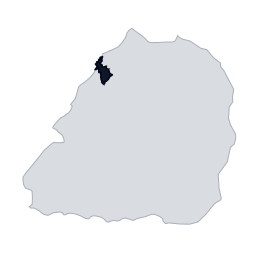 Isidoro Noblía, Cerro Largo, Uruguay shown in context, rotated 267°
{"feature_id": "84410073B42305174604514", "entity_name": "Isidoro Noblía", "entity_type": "district", "adm_level": 2, "iso_a3": "URY", "parent_name": "Uruguay", "parent_adm1": "Cerro Largo", "projection": "albers", "projection_center": [-54.072, -32.059], "detail": "fine", "context": "in_parent", "style": "filled", "palette": "ink", "viewbox_px": 256, "rotation_deg": 267, "n_neighbors": 0, "source": "geoboundaries", "source_scale": "gbopen_adm2", "svg_char_len": 5399}
<svg xmlns="http://www.w3.org/2000/svg" viewBox="0 0 256 256"><g transform="rotate(267 128 128)"><path d="M217.7,182.2L215.9,183.9L213.9,187.0L211.6,194.5L203.8,204.9L202.2,210.7L193.9,216.9L188.0,223.7L184.2,223.6L180.8,226.5L161.0,235.6L153.9,234.0L148.6,234.0L143.7,230.2L132.5,228.9L125.6,230.6L116.3,235.1L113.4,235.1L111.4,234.9L106.3,233.2L103.4,229.4L88.9,225.3L76.9,215.6L63.1,215.8L52.6,217.5L50.9,216.2L49.8,213.7L47.5,210.0L38.0,201.5L30.5,193.0L28.7,184.4L29.4,174.9L31.1,163.7L30.6,160.3L33.2,158.2L35.8,157.7L38.2,154.7L40.4,150.2L40.6,146.9L38.6,140.9L37.1,132.4L35.4,128.2L38.1,121.4L38.1,118.1L36.3,115.3L35.7,112.3L36.4,109.3L36.1,106.4L35.0,103.6L35.7,101.3L38.3,99.4L40.3,96.5L41.5,92.7L42.1,89.8L42.0,87.8L41.1,85.9L39.4,84.2L40.0,80.7L43.1,75.3L45.0,70.6L45.9,66.5L45.7,63.2L44.5,60.7L44.9,59.0L46.9,58.0L47.7,55.4L47.2,48.8L44.9,43.5L46.3,39.1L50.7,34.0L53.0,29.9L53.1,26.9L54.5,25.1L56.8,28.3L63.3,28.9L69.9,28.9L70.9,28.0L73.3,22.5L76.7,20.9L80.4,20.4L84.5,20.6L88.8,24.0L101.3,35.4L110.4,43.4L113.2,47.1L115.6,49.9L117.4,52.6L116.8,59.5L116.9,62.6L117.4,63.4L119.4,63.5L122.4,62.9L124.9,61.4L126.8,59.1L128.7,57.3L130.3,56.3L130.8,54.8L131.7,53.3L132.6,52.9L134.4,54.1L138.6,58.0L141.9,61.6L142.7,63.7L143.9,65.8L145.3,67.7L146.2,69.6L149.4,72.0L152.5,73.5L154.6,71.9L160.0,76.9L171.9,81.0L174.0,83.6L176.1,87.2L180.2,92.6L185.9,97.6L190.5,99.6L194.9,100.8L197.3,101.9L199.0,103.8L201.7,105.9L203.4,106.6L203.9,108.4L205.6,112.4L207.4,117.5L209.4,122.2L213.6,126.7L218.4,130.2L223.3,132.2L226.1,134.7L227.3,137.2L223.9,141.0L220.2,145.7L217.0,149.4L213.7,152.0L212.6,153.8L211.9,156.6L211.8,171.4L211.5,176.8L211.8,178.3L212.2,179.3L214.3,180.8L216.7,182.0L217.7,182.2Z" fill="#d9dde1" stroke="#a8b0b8" stroke-width="1"/><path d="M200.5,106.3L200.6,106.2L200.5,105.9L200.3,105.8L200.3,105.7L200.1,105.4L199.9,105.4L200.0,105.2L199.9,105.1L199.9,104.8L200.0,104.7L199.9,104.6L199.9,104.3L199.9,104.2L200.0,104.1L199.9,104.0L199.7,103.9L199.5,103.7L199.4,103.8L199.2,103.9L199.2,104.0L198.9,103.8L198.4,103.9L198.4,103.7L198.3,103.4L198.2,103.4L198.2,103.2L197.9,103.0L197.9,102.9L197.8,103.0L197.8,102.9L197.7,102.8L197.7,102.7L197.4,102.4L197.1,102.4L196.9,102.4L196.7,102.2L196.4,102.1L196.2,102.0L195.9,102.0L195.8,101.9L195.7,101.8L195.5,101.5L195.4,101.3L195.4,101.2L195.5,101.1L195.7,100.9L195.7,101.0L195.8,100.9L195.7,100.6L195.5,100.4L195.4,100.4L195.2,100.3L194.9,100.4L194.7,100.4L194.6,100.2L194.5,100.3L194.4,100.2L194.2,100.2L194.1,99.9L193.7,99.9L193.8,99.9L193.8,99.7L193.7,99.8L193.6,99.7L193.4,99.6L193.3,99.4L193.2,99.5L193.1,99.4L192.8,99.4L192.8,99.5L192.7,99.5L192.4,99.8L192.4,99.7L192.3,99.8L192.2,99.8L192.1,100.0L192.0,100.3L191.9,100.3L191.8,100.5L191.6,100.6L191.6,100.4L191.2,100.7L191.3,100.8L191.2,100.9L191.0,101.0L190.9,101.1L190.8,100.9L190.7,101.0L190.7,100.9L190.4,100.7L190.5,100.7L190.4,100.6L190.2,100.4L190.3,100.1L190.2,100.1L190.1,99.9L189.9,99.9L189.8,99.7L189.7,99.7L189.4,99.5L189.3,99.4L189.2,99.4L189.2,99.5L189.1,99.4L188.9,99.2L188.9,98.9L188.8,98.7L188.7,98.7L188.4,98.5L188.1,98.3L188.1,98.6L188.1,99.2L188.5,99.5L188.7,100.3L188.4,101.2L189.0,101.8L185.5,101.7L185.2,101.7L184.9,101.8L185.1,101.8L185.1,102.0L184.9,102.1L185.0,102.2L185.2,102.3L185.3,102.4L185.3,102.6L185.2,102.6L185.2,102.8L185.1,103.0L184.9,103.1L184.8,103.4L184.9,103.5L185.0,103.9L184.6,103.9L184.4,103.9L184.2,103.8L183.9,103.6L183.7,103.5L183.3,103.6L183.0,103.6L182.8,103.7L182.5,103.9L182.3,103.8L182.0,103.9L181.9,103.9L181.7,103.8L181.7,103.6L181.4,103.4L181.2,103.5L180.8,103.5L180.6,103.6L180.4,103.5L180.0,103.5L179.8,103.4L179.7,103.4L179.3,103.7L179.3,103.8L178.7,103.8L178.5,103.6L178.3,103.6L178.2,103.7L177.4,103.8L177.3,104.1L176.8,104.2L176.5,104.4L176.3,104.4L176.2,104.6L175.9,104.5L175.9,104.4L175.7,104.2L175.4,104.1L175.1,104.3L174.9,104.3L174.7,104.6L174.4,104.6L174.2,104.7L174.3,104.8L174.2,104.9L174.2,105.0L173.9,105.1L173.8,105.3L173.6,105.4L173.6,105.5L173.4,105.5L173.2,105.9L173.1,106.0L173.3,106.0L173.3,106.3L173.2,106.3L173.4,106.4L173.5,106.5L173.4,106.5L173.4,106.8L173.5,107.0L174.2,107.0L174.7,107.1L174.8,107.3L175.0,107.5L175.4,107.6L175.5,107.8L175.6,108.2L175.7,108.5L175.9,108.7L176.0,108.9L176.3,109.3L176.4,109.5L176.5,109.6L176.9,110.0L177.0,110.1L177.1,110.3L177.3,110.5L177.5,110.6L177.6,110.9L178.0,110.9L178.1,111.0L178.3,111.3L178.4,111.2L178.5,111.3L178.9,111.4L179.0,111.5L179.2,111.8L179.4,112.1L179.6,112.1L179.8,112.0L180.0,111.9L180.2,112.1L180.4,112.2L180.4,112.4L180.5,112.6L180.5,112.9L180.5,113.0L180.9,113.4L181.0,113.8L181.2,114.1L181.2,114.4L181.8,114.9L181.9,115.1L182.1,115.1L182.5,113.7L183.0,113.6L183.1,113.4L183.1,113.0L183.6,112.8L184.1,112.6L184.7,112.3L185.8,112.2L185.9,111.8L187.5,111.6L187.8,111.9L187.9,111.0L188.2,110.4L188.5,109.9L189.3,109.5L190.3,109.5L190.8,109.7L190.9,109.4L190.8,109.0L190.5,108.2L190.3,107.3L190.3,105.9L190.7,105.1L191.1,104.8L191.2,105.0L191.4,105.3L191.6,105.4L191.8,105.5L192.0,105.5L192.0,105.4L192.4,105.2L192.6,104.8L192.6,104.2L192.9,104.1L193.2,104.0L193.9,103.9L194.1,104.1L194.3,104.0L194.7,103.9L194.8,103.6L195.0,104.0L195.0,104.3L195.3,104.6L195.3,104.8L195.4,105.0L195.5,105.1L196.1,105.4L196.3,105.3L196.3,105.5L196.7,105.7L196.9,105.7L197.3,105.7L197.6,105.5L197.7,105.4L197.9,105.3L198.5,105.3L198.8,105.7L199.2,105.8L199.4,105.9L199.8,106.2L200.2,106.2L200.5,106.3Z" fill="#0f172a" stroke="#020617" stroke-width="1.5"/></g></svg>